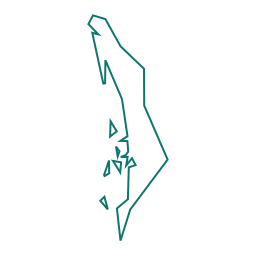 an SVG outline of Tanintharyi
{"feature_id": "MMR-3279", "entity_name": "Tanintharyi", "entity_type": "Division", "adm_level": 1, "iso_a3": "MMR", "parent_name": "Myanmar", "parent_adm1": "", "projection": "orthographic", "projection_center": [98.437, 12.445], "detail": "coarse", "context": "isolated", "style": "outline", "palette": "teal", "viewbox_px": 256, "rotation_deg": 0, "n_neighbors": 0, "source": "natural_earth", "source_scale": "10m", "svg_char_len": 716}
<svg xmlns="http://www.w3.org/2000/svg" viewBox="0 0 256 256"><path d="M105.4,19.1L120.6,46.4L144.0,68.8L144.2,105.6L167.6,159.6L130.2,209.6L120.5,240.6L116.9,208.4L127.9,199.2L128.8,167.4L135.6,165.1L132.0,158.2L126.2,165.5L127.6,157.0L120.7,157.0L125.7,155.1L128.2,151.7L127.4,141.1L120.3,140.9L127.5,136.2L122.0,99.1L105.4,60.2L105.1,83.3L103.3,83.6L92.3,32.8L98.4,34.4L88.4,24.1L93.0,15.4L105.4,19.1ZM110.6,121.2L116.7,131.3L110.1,136.6L110.6,121.2ZM113.0,160.9L121.1,162.3L120.2,172.4L113.0,160.9ZM109.0,160.5L109.2,173.3L104.6,176.0L104.1,174.9L109.0,160.5ZM119.5,151.3L117.7,156.4L116.0,146.6L119.5,151.3ZM104.4,196.8L107.8,209.4L100.3,200.8L104.4,196.8Z" fill="none" stroke="#0f766e" stroke-width="2"/></svg>